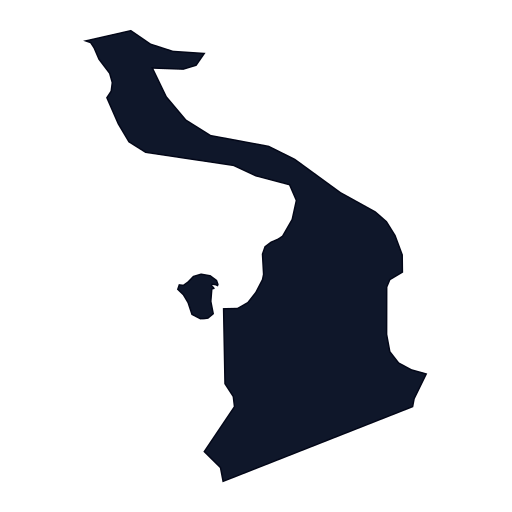 SVG path tracing the border of Central Abaco
{"feature_id": "BHS-5015", "entity_name": "Central Abaco", "entity_type": "District", "adm_level": 1, "iso_a3": "BHS", "parent_name": "The Bahamas", "parent_adm1": "", "projection": "orthographic", "projection_center": [-77.217, 26.497], "detail": "fine", "context": "isolated", "style": "filled", "palette": "ink", "viewbox_px": 512, "rotation_deg": 0, "n_neighbors": 0, "source": "natural_earth", "source_scale": "10m", "svg_char_len": 1145}
<svg xmlns="http://www.w3.org/2000/svg" viewBox="0 0 512 512"><path d="M223.1,481.3L220.5,467.6L204.3,451.6L234.5,406.7L233.3,396.5L225.0,383.7L223.6,308.8L237.6,308.5L247.9,302.6L255.9,292.4L262.5,279.7L263.6,274.4L262.5,254.1L265.1,246.7L271.1,242.2L277.9,239.3L282.6,236.2L292.2,219.5L296.4,200.4L289.6,184.7L255.9,175.8L233.6,165.4L145.7,152.3L129.0,141.8L118.3,123.8L106.9,97.7L111.2,91.2L112.3,82.6L109.7,73.3L99.0,59.2L94.1,47.8L90.7,42.6L85.8,40.9L130.8,30.7L150.5,44.2L172.8,51.4L204.2,53.5L196.1,65.2L183.3,69.1L152.3,68.0L166.2,96.8L185.8,120.1L210.5,135.6L268.6,146.4L294.7,159.4L340.4,192.7L375.3,212.0L386.4,221.7L395.0,235.5L402.2,254.9L402.4,272.1L389.8,279.6L386.7,287.0L386.6,334.4L389.8,351.7L398.6,363.0L411.2,369.8L426.2,374.0L414.1,398.7L412.6,406.6L223.1,481.3ZM210.2,275.8L216.5,280.5L217.9,284.4L217.5,285.5L215.7,284.7L212.2,284.2L211.4,285.8L213.5,287.6L213.8,288.4L211.8,288.9L210.8,301.4L213.2,313.7L207.9,318.1L204.1,318.6L200.4,318.7L192.0,314.4L188.1,302.6L183.4,294.7L177.8,289.3L179.3,284.9L183.4,285.4L188.0,282.1L193.4,276.5L201.1,274.2L210.2,275.8Z" fill="#0f172a" stroke="#020617" stroke-width="1.5"/></svg>